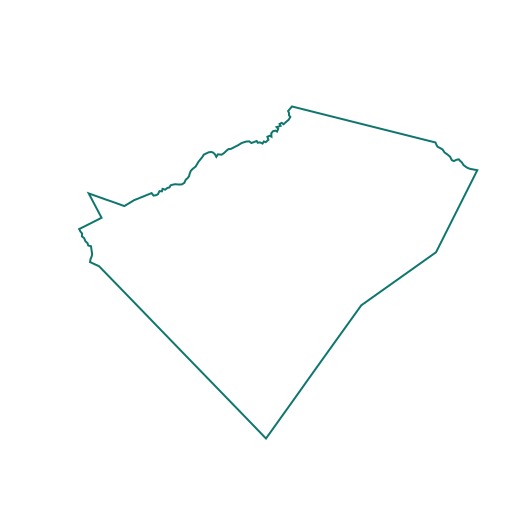 Cristino Castro, Piauí, Brazil, rotated 20°
{"feature_id": "56859067B91593223630343", "entity_name": "Cristino Castro", "entity_type": "district", "adm_level": 2, "iso_a3": "BRA", "parent_name": "Brazil", "parent_adm1": "Piauí", "projection": "equal_earth", "projection_center": [-44.047, -8.801], "detail": "fine", "context": "isolated", "style": "outline", "palette": "teal", "viewbox_px": 512, "rotation_deg": 20, "n_neighbors": 0, "source": "geoboundaries", "source_scale": "gbopen_adm2", "svg_char_len": 1679}
<svg xmlns="http://www.w3.org/2000/svg" viewBox="0 0 512 512"><g transform="rotate(20 256 256)"><path d="M236.6,108.8L238.1,110.3L238.9,112.5L240.7,113.6L240.1,116.8L238.2,120.1L236.8,122.8L234.6,122.1L233.0,123.9L234.6,125.3L233.0,126.6L231.3,127.8L233.4,128.9L233.2,131.9L231.5,131.5L229.3,132.9L228.4,135.5L229.7,138.6L227.8,138.3L225.9,140.0L227.9,142.6L226.2,145.7L224.2,145.7L223.7,148.1L220.7,147.9L218.9,149.0L217.3,147.7L215.6,149.2L213.1,151.4L210.4,150.6L207.5,151.9L203.9,154.7L201.3,158.0L197.5,162.1L195.8,163.9L193.6,165.0L192.5,166.7L190.8,170.1L189.1,172.5L185.4,173.5L184.8,176.4L182.5,174.4L180.3,173.5L178.4,173.5L176.0,174.8L172.2,178.7L171.8,181.1L169.7,187.2L168.7,192.6L166.6,196.0L165.6,198.4L165.5,201.1L165.8,204.0L165.0,206.5L163.9,208.2L163.6,211.8L161.8,214.1L159.1,215.2L155.5,216.2L153.1,217.6L151.6,218.8L151.2,221.2L149.5,222.3L148.0,224.7L145.2,224.9L145.5,227.4L143.1,228.1L142.7,231.6L140.9,233.3L139.0,234.3L136.4,232.6L122.3,245.3L115.2,254.1L99.0,254.2L96.1,254.3L94.4,254.3L77.4,254.4L97.8,272.9L80.6,291.2L83.0,293.3L84.9,294.3L85.7,297.1L88.4,298.0L90.8,300.6L93.2,301.5L94.8,303.5L97.6,303.3L99.1,306.1L101.3,310.1L101.7,312.2L101.6,315.6L102.1,318.5L112.0,319.3L141.4,333.5L218.5,371.0L250.5,386.5L305.1,413.0L327.8,424.1L340.7,377.8L344.8,363.0L346.3,357.4L359.5,310.1L371.8,266.3L423.9,190.9L434.6,99.7L430.2,100.4L428.2,100.8L425.8,100.9L423.6,100.7L419.9,99.6L417.4,97.6L415.3,96.8L413.5,95.8L411.4,97.1L409.5,99.1L407.3,99.0L404.4,96.3L401.4,95.2L399.4,94.7L397.6,94.1L394.9,92.1L391.6,91.5L389.4,91.3L387.6,89.9L385.8,87.9L380.4,88.5L343.8,92.3L238.6,103.2L236.6,108.8Z" fill="none" stroke="#0f766e" stroke-width="2"/></g></svg>